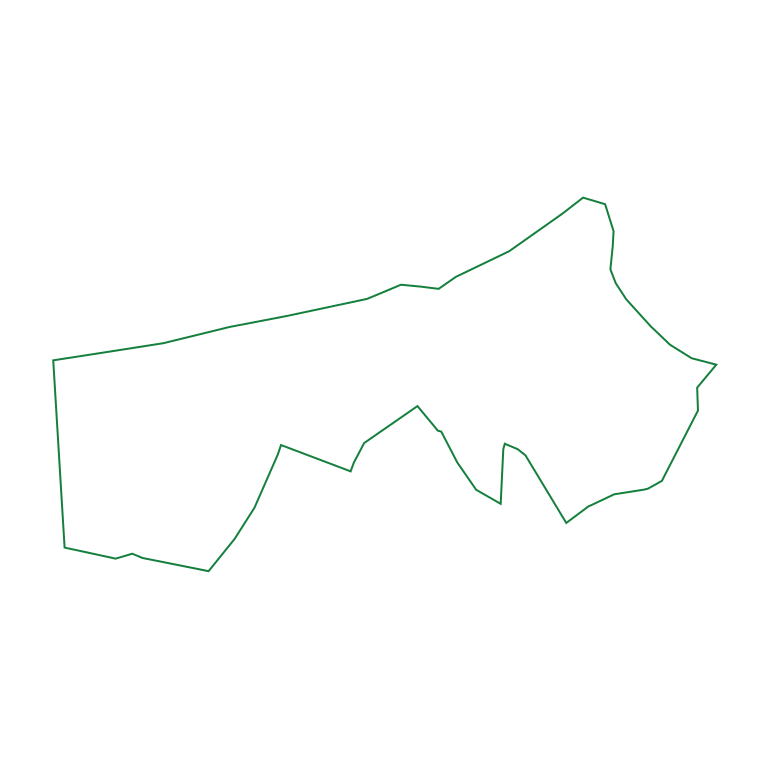 Eastern Obolo, Akwa Ibom, Nigeria (Equal Earth projection), rotated 182°
{"feature_id": "59680162B7891718144591", "entity_name": "Eastern Obolo", "entity_type": "district", "adm_level": 2, "iso_a3": "NGA", "parent_name": "Nigeria", "parent_adm1": "Akwa Ibom", "projection": "equal_earth", "projection_center": [7.662, 4.523], "detail": "fine", "context": "isolated", "style": "outline", "palette": "green", "viewbox_px": 768, "rotation_deg": 182, "n_neighbors": 0, "source": "geoboundaries", "source_scale": "gbopen_adm2", "svg_char_len": 856}
<svg xmlns="http://www.w3.org/2000/svg" viewBox="0 0 768 768"><g transform="rotate(182 384 384)"><path d="M52.6,414.9L77.5,420.5L99.5,433.2L119.3,450.8L144.8,477.0L156.0,493.0L161.7,506.4L161.7,507.1L160.2,529.9L159.9,544.7L169.3,571.4L191.6,577.2L211.5,560.6L263.5,521.1L315.9,493.6L332.7,481.0L350.7,482.6L370.5,483.8L403.8,468.5L483.5,448.6L540.4,435.6L606.3,417.0L618.3,414.7L715.4,396.1L697.5,209.4L694.9,208.9L646.1,200.1L629.7,205.6L619.3,201.7L552.8,190.8L527.8,224.1L509.1,255.9L487.6,310.0L484.8,319.4L427.2,299.9L414.3,295.5L411.5,304.1L401.8,324.3L349.8,363.1L328.6,339.3L325.1,338.4L308.0,308.1L288.2,281.5L263.2,268.3L262.5,323.0L261.2,328.5L248.1,323.5L240.1,317.6L197.0,251.5L175.2,269.0L174.3,269.3L150.1,281.8L120.5,287.5L116.6,288.6L102.9,296.9L69.3,368.4L70.9,391.3L52.6,414.9Z" fill="none" stroke="#15803d" stroke-width="2"/></g></svg>